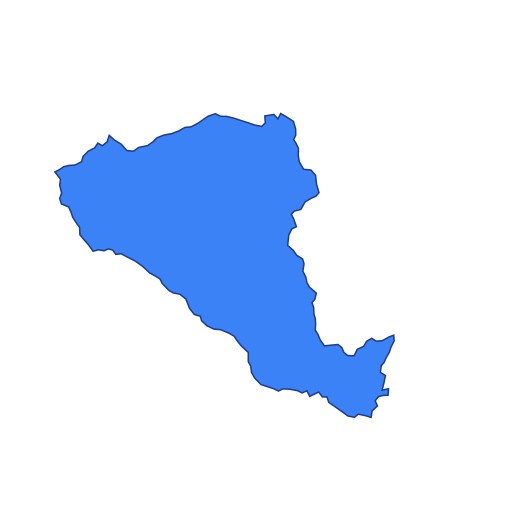 the district of Jarinu, São Paulo, Brazil, rotated 138°
{"feature_id": "56859067B61346440188878", "entity_name": "Jarinu", "entity_type": "district", "adm_level": 2, "iso_a3": "BRA", "parent_name": "Brazil", "parent_adm1": "São Paulo", "projection": "albers", "projection_center": [-46.723, -23.095], "detail": "fine", "context": "isolated", "style": "filled", "palette": "blue", "viewbox_px": 512, "rotation_deg": 138, "n_neighbors": 0, "source": "geoboundaries", "source_scale": "gbopen_adm2", "svg_char_len": 2379}
<svg xmlns="http://www.w3.org/2000/svg" viewBox="0 0 512 512"><g transform="rotate(138 256 256)"><path d="M310.0,115.8L304.7,114.2L300.4,112.9L301.0,106.9L297.6,103.7L299.9,98.5L298.2,91.5L296.1,82.3L294.7,75.5L290.8,70.3L285.8,70.0L281.5,64.1L278.5,59.0L273.3,63.2L266.1,63.3L264.3,68.7L259.2,69.5L254.7,67.3L251.1,64.1L246.3,68.7L252.1,71.9L245.8,76.1L239.8,80.5L241.4,86.3L236.4,90.7L232.0,91.2L227.3,93.3L221.0,95.4L216.5,98.0L210.2,100.4L206.6,105.0L211.4,106.9L218.6,108.5L223.6,112.2L225.1,117.4L230.8,118.6L236.4,116.8L243.2,118.9L249.9,116.2L254.5,120.7L255.2,125.5L253.5,130.4L254.3,135.4L265.3,143.5L264.4,150.8L262.4,156.3L261.5,161.3L257.1,165.7L253.8,169.8L251.8,174.1L247.7,179.0L245.6,183.8L241.0,184.6L236.0,188.0L237.1,197.1L235.9,202.3L233.1,207.0L231.4,213.3L225.6,218.0L223.3,222.7L225.3,229.2L224.5,235.3L225.4,242.6L217.7,249.6L211.2,252.2L206.4,250.7L203.2,258.2L201.8,263.4L197.3,263.7L191.5,260.6L183.2,263.4L176.1,261.9L171.7,260.4L166.8,260.9L162.9,269.0L157.8,276.0L157.6,283.1L162.6,288.6L160.8,297.0L157.1,302.8L152.5,307.5L150.9,312.7L150.1,317.3L145.6,319.2L141.5,323.9L138.1,331.0L140.6,340.2L142.3,345.4L148.0,343.2L148.0,349.2L155.7,354.2L160.0,348.7L165.1,348.5L169.3,354.2L173.3,361.3L176.2,366.2L179.9,372.7L184.3,379.3L188.8,383.5L191.0,388.9L198.0,391.9L203.2,392.6L209.8,393.4L217.7,395.4L222.8,399.1L229.9,400.7L236.7,403.3L243.7,407.6L250.6,410.1L256.4,409.8L262.7,410.6L270.4,415.1L277.0,415.9L281.4,420.8L281.3,429.2L283.6,436.8L284.3,443.9L290.2,440.5L296.3,440.7L298.0,445.7L303.5,444.3L310.7,446.2L317.9,445.7L322.5,442.8L329.6,444.7L334.5,448.5L339.1,451.0L344.1,451.7L349.2,453.0L349.9,443.9L354.5,440.0L358.3,432.9L363.5,430.0L365.8,424.8L362.4,417.8L364.3,412.0L366.2,407.6L367.2,402.1L368.0,395.3L372.7,389.5L372.9,383.2L373.0,376.4L373.9,368.6L368.9,366.0L365.4,361.5L361.1,360.2L358.5,356.2L359.1,351.0L354.7,347.9L352.6,342.0L349.3,333.5L347.3,325.0L346.3,314.3L344.2,308.3L342.7,303.2L344.1,298.3L343.7,288.4L342.1,283.8L338.2,278.6L336.9,270.9L340.4,261.7L341.0,253.8L337.7,248.6L339.8,244.1L339.1,236.9L336.3,230.0L331.7,225.0L327.8,217.0L325.9,211.0L326.8,204.9L327.1,198.9L326.3,189.5L332.4,182.7L333.7,177.5L337.2,172.6L338.7,166.0L338.3,157.1L335.3,151.9L331.9,146.1L329.7,140.6L325.0,139.3L320.2,134.6L315.1,127.9L313.4,123.4L308.4,121.8L310.0,115.8Z" fill="#3b82f6" stroke="#1e3a8a" stroke-width="1.5"/></g></svg>